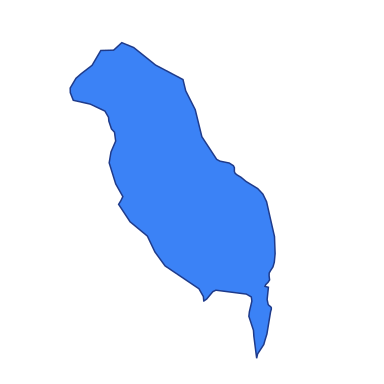 the Province of Iğdir, rotated 47°
{"feature_id": "TUR-4840", "entity_name": "Iğdir", "entity_type": "Province", "adm_level": 1, "iso_a3": "TUR", "parent_name": "Turkey", "parent_adm1": "", "projection": "orthographic", "projection_center": [44.174, 39.869], "detail": "fine", "context": "isolated", "style": "filled", "palette": "blue", "viewbox_px": 384, "rotation_deg": 47, "n_neighbors": 0, "source": "natural_earth", "source_scale": "10m", "svg_char_len": 1173}
<svg xmlns="http://www.w3.org/2000/svg" viewBox="0 0 384 384"><g transform="rotate(47 192 192)"><path d="M357.7,258.1L339.5,245.0L335.1,241.4L321.7,235.2L318.7,231.7L312.6,222.6L309.2,220.2L303.7,221.9L280.1,241.5L279.1,244.8L280.3,254.3L279.8,257.7L279.7,257.7L276.2,255.0L267.5,252.9L227.7,262.1L210.5,260.0L193.8,254.7L171.6,257.6L151.0,254.1L149.8,249.8L148.2,245.7L134.1,242.3L114.2,232.7L107.5,224.0L102.7,213.1L95.4,207.9L90.9,207.9L83.5,204.5L80.4,202.1L73.4,200.5L58.3,206.5L44.0,216.3L36.4,213.3L32.9,210.2L29.7,199.3L29.9,192.4L31.2,178.7L26.3,162.2L34.8,152.6L34.9,141.5L46.6,136.1L74.3,132.1L103.6,121.9L113.7,127.6L134.0,133.5L158.3,147.1L185.0,151.7L188.5,150.5L196.2,145.0L201.0,143.8L203.1,144.4L206.0,147.1L207.8,147.7L210.2,147.4L214.7,146.1L221.1,145.3L234.4,141.6L241.9,141.6L250.0,144.1L262.3,151.3L280.9,162.1L293.8,173.3L299.5,179.7L302.0,183.9L303.1,188.3L303.9,190.8L305.8,192.7L309.2,195.2L309.9,198.0L310.0,201.3L310.8,203.0L313.8,201.1L321.9,210.4L326.0,212.9L327.1,213.1L329.6,212.7L330.7,212.9L331.8,213.9L333.1,216.1L346.9,234.0L350.3,239.9L352.5,243.5L355.2,254.5L357.7,258.1Z" fill="#3b82f6" stroke="#1e3a8a" stroke-width="1.5"/></g></svg>